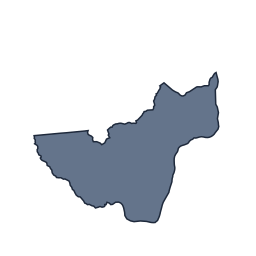 the district of Triunfo, Rio Grande do Sul, Brazil, rotated 294°
{"feature_id": "56859067B51125983090537", "entity_name": "Triunfo", "entity_type": "district", "adm_level": 2, "iso_a3": "BRA", "parent_name": "Brazil", "parent_adm1": "Rio Grande do Sul", "projection": "equal_earth", "projection_center": [-51.557, -29.812], "detail": "fine", "context": "isolated", "style": "filled", "palette": "slate", "viewbox_px": 256, "rotation_deg": 294, "n_neighbors": 0, "source": "geoboundaries", "source_scale": "gbopen_adm2", "svg_char_len": 3066}
<svg xmlns="http://www.w3.org/2000/svg" viewBox="0 0 256 256"><g transform="rotate(294 128 128)"><path d="M155.5,208.4L157.3,209.2L158.9,209.5L161.3,210.1L163.4,210.7L166.3,210.3L167.6,209.4L169.8,208.2L172.9,205.9L178.8,204.4L183.5,201.0L185.4,198.5L198.5,192.2L201.8,192.8L203.2,192.5L205.1,192.0L207.0,191.5L208.9,190.4L210.0,189.5L212.7,187.3L214.5,185.9L213.0,184.9L210.4,184.5L208.7,184.4L207.4,183.4L206.0,183.1L202.7,183.5L200.6,184.5L199.3,184.2L197.7,180.6L195.3,178.1L194.0,174.9L193.3,173.9L192.3,173.3L186.2,169.4L184.0,167.1L181.3,166.7L179.9,165.6L179.2,164.3L179.2,162.5L180.4,159.4L180.3,156.8L180.7,153.3L182.1,148.6L183.9,142.5L179.4,139.9L178.8,141.1L177.8,140.9L176.8,141.3L175.2,140.9L171.4,140.6L170.6,139.8L169.5,140.7L167.6,140.0L165.0,140.6L163.1,140.4L161.8,141.5L160.8,142.4L159.4,143.2L158.1,142.7L156.4,143.4L154.7,143.3L153.2,140.4L152.1,138.4L150.6,137.6L149.5,136.0L148.3,136.1L146.9,135.7L145.3,135.7L139.1,133.5L137.8,132.3L136.3,133.6L135.4,133.3L134.7,131.2L133.6,129.4L133.7,127.3L133.0,125.9L131.9,125.1L130.2,123.5L129.5,119.6L128.7,118.0L127.5,116.6L126.7,115.1L124.8,113.5L123.8,113.1L122.3,113.1L121.7,111.8L119.5,110.8L117.8,110.1L114.8,113.0L113.5,112.8L111.7,115.3L110.3,113.9L109.1,112.9L104.9,112.8L102.1,110.8L102.9,108.8L102.8,105.1L101.4,101.9L103.0,100.3L105.0,99.7L105.7,97.8L105.7,95.6L106.0,94.1L107.6,92.8L109.4,92.6L107.7,89.8L98.4,73.3L96.2,69.2L82.8,45.3L81.6,46.2L80.3,46.6L79.6,48.0L77.7,48.8L76.7,49.5L75.6,49.1L75.2,51.9L74.5,53.0L72.6,54.0L71.3,53.8L69.4,54.8L68.7,56.0L67.2,57.5L67.1,59.8L66.2,60.5L64.9,60.1L64.0,61.3L63.5,62.7L63.5,66.4L63.3,67.7L62.2,68.6L60.9,69.4L60.8,72.2L59.4,73.8L58.6,75.5L57.6,76.1L56.2,77.0L54.8,79.3L54.6,81.7L53.7,82.8L54.3,84.8L55.3,87.0L55.0,89.8L55.8,91.2L55.6,95.6L54.4,97.0L52.1,98.6L51.1,100.6L49.2,102.3L49.1,103.6L48.2,104.8L46.9,106.3L45.6,108.1L45.0,110.5L45.6,112.4L44.4,114.9L43.3,117.2L41.8,119.0L41.9,120.7L41.5,122.1L42.5,123.8L42.3,126.7L42.7,128.5L41.7,130.8L43.6,133.1L44.9,134.3L45.1,136.5L46.3,138.1L47.6,138.6L48.6,137.9L49.1,139.1L51.6,139.0L51.8,141.5L51.0,143.4L52.0,145.0L55.1,146.8L56.5,149.6L56.5,151.8L55.7,153.9L54.9,154.9L53.3,156.5L49.6,159.2L46.7,160.8L44.5,163.9L44.2,168.1L44.5,169.6L44.9,171.6L48.1,177.1L49.0,179.6L50.2,182.9L51.1,187.5L51.8,189.5L52.7,191.2L54.0,191.8L55.5,192.6L56.6,192.6L58.0,192.6L59.1,192.6L60.4,192.5L62.5,192.2L64.4,191.8L67.6,191.3L70.0,190.9L71.6,190.6L74.5,190.4L76.8,190.6L85.8,191.5L87.6,191.1L90.9,190.6L93.8,190.3L96.7,190.0L98.0,189.5L99.9,188.9L101.6,188.7L102.9,188.2L104.3,188.1L105.3,188.2L106.4,188.1L107.5,187.9L108.6,187.7L109.9,187.3L111.2,186.7L112.3,185.9L113.6,185.1L115.2,184.3L117.0,183.4L119.0,182.6L121.2,182.1L123.1,182.2L125.0,182.5L126.4,182.8L127.9,182.7L129.1,182.4L130.1,182.3L131.2,182.6L132.7,183.3L134.2,184.7L135.6,186.4L138.1,188.8L139.4,189.3L140.7,189.4L142.8,190.4L144.0,191.6L145.9,192.4L146.4,194.0L147.4,195.3L148.7,196.8L149.9,198.6L150.5,200.6L150.9,202.6L151.7,204.7L152.7,206.1L153.9,207.3L155.5,208.4Z" fill="#64748b" stroke="#1e293b" stroke-width="1.5"/></g></svg>